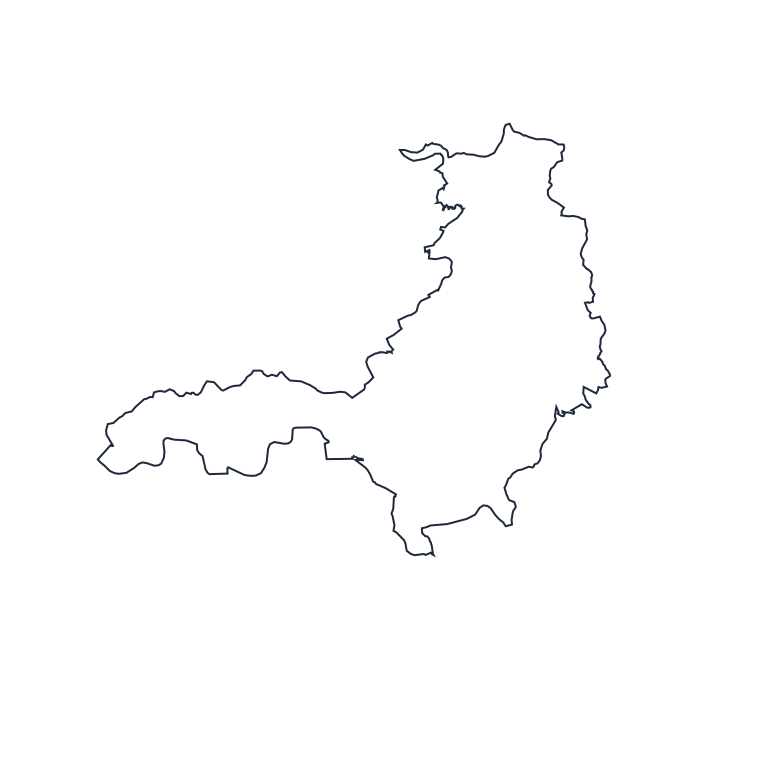 outline of VAD, Cluj, Romania, rotated 147°
{"feature_id": "2599482B24350957345977", "entity_name": "VAD", "entity_type": "district", "adm_level": 2, "iso_a3": "ROU", "parent_name": "Romania", "parent_adm1": "Cluj", "projection": "mercator", "projection_center": [23.717, 47.202], "detail": "fine", "context": "isolated", "style": "outline", "palette": "slate", "viewbox_px": 768, "rotation_deg": 147, "n_neighbors": 0, "source": "geoboundaries", "source_scale": "gbopen_adm2", "svg_char_len": 6166}
<svg xmlns="http://www.w3.org/2000/svg" viewBox="0 0 768 768"><g transform="rotate(147 384 384)"><path d="M278.0,464.8L272.4,460.4L263.5,457.0L261.0,453.6L260.6,449.4L264.5,445.0L265.3,442.2L268.1,439.6L271.5,438.6L275.1,440.2L276.4,440.0L279.0,439.1L281.2,437.0L287.6,433.0L287.8,433.8L298.2,434.6L298.2,432.1L308.0,433.5L312.2,431.7L316.8,427.5L318.9,427.0L323.9,427.2L326.6,428.3L337.2,429.7L339.1,423.9L339.1,420.8L349.2,419.9L357.0,420.5L358.3,413.9L357.6,407.9L360.1,407.4L360.5,406.0L362.3,408.7L363.1,408.3L363.7,409.4L364.9,408.5L368.7,412.2L369.4,412.0L370.8,413.3L372.1,413.1L374.7,414.3L382.9,415.0L386.8,412.4L388.2,407.8L389.4,395.4L396.1,393.8L400.4,393.9L402.2,391.2L403.8,390.2L418.2,389.7L420.8,397.6L421.9,398.9L425.2,401.5L431.9,404.5L439.2,408.9L441.3,411.3L443.6,415.3L443.6,416.9L446.7,423.4L452.0,431.3L461.0,438.2L462.6,444.4L463.1,449.5L464.9,450.3L469.7,448.9L472.9,452.8L477.5,453.8L479.3,457.6L479.3,461.4L481.1,463.1L486.3,466.3L490.0,464.6L495.0,464.5L498.8,462.7L505.4,461.2L510.9,464.1L514.7,465.3L522.5,466.1L523.6,467.6L525.6,478.1L531.0,482.7L535.4,480.8L542.3,476.7L546.4,476.4L547.9,477.8L548.6,480.5L550.2,481.3L551.3,480.7L554.5,484.4L559.0,483.3L562.1,485.1L563.8,489.7L563.9,492.3L566.6,496.3L572.2,496.8L574.6,499.3L577.4,501.0L581.5,502.2L585.2,498.9L587.4,500.6L591.0,500.9L593.3,501.9L605.0,500.1L610.5,498.4L616.9,500.6L620.7,499.6L624.3,499.9L632.2,498.7L637.5,500.8L642.4,496.4L644.4,492.5L644.9,479.7L645.9,480.0L646.6,481.6L665.1,476.6L664.5,472.6L662.9,467.8L661.3,460.4L658.7,456.2L655.5,453.2L648.5,449.8L639.0,449.7L633.5,450.6L629.1,449.7L625.9,446.6L621.0,440.4L617.2,438.6L614.1,438.6L608.6,442.2L605.0,446.8L601.3,454.4L599.7,456.5L597.3,457.3L594.9,456.6L590.4,451.7L580.6,444.4L573.8,435.3L576.7,430.2L576.8,426.7L575.4,422.4L580.1,409.8L580.3,405.5L579.6,403.5L564.0,394.1L561.5,398.3L560.1,399.0L550.5,383.6L546.0,379.7L541.6,377.1L535.9,376.2L529.9,378.9L525.0,382.4L516.3,393.0L512.4,395.6L507.6,395.1L500.6,388.5L496.7,386.3L493.8,386.3L491.2,387.6L485.6,395.2L483.9,396.1L481.9,395.5L468.6,387.2L465.9,384.4L463.3,380.3L462.9,378.4L463.6,372.3L463.1,369.8L461.6,366.7L462.1,365.3L466.3,366.2L473.0,352.2L451.4,338.6L450.8,339.6L450.3,339.0L448.7,340.1L446.1,335.8L442.8,332.6L443.2,331.6L447.4,334.8L449.3,335.8L445.1,323.9L444.6,320.3L444.9,315.3L446.3,308.0L445.2,306.6L445.3,305.1L444.7,303.8L439.4,295.8L434.1,285.0L435.8,283.4L436.6,284.1L437.3,283.7L444.2,274.3L448.2,271.3L448.8,268.4L452.2,259.8L456.0,255.7L454.5,253.0L452.3,242.3L452.8,238.7L455.8,231.8L454.0,226.8L451.5,223.7L443.7,220.0L442.7,219.2L442.3,218.0L436.5,217.0L436.4,214.9L435.6,213.5L435.5,214.8L432.3,221.7L431.0,225.8L431.1,227.7L430.3,229.4L430.7,232.5L432.3,234.0L433.2,238.1L430.8,242.4L426.2,240.7L422.2,240.1L407.5,232.2L388.1,225.8L378.7,224.8L371.2,228.1L366.8,228.1L363.7,225.5L362.2,221.7L362.0,213.5L361.1,208.0L359.4,203.0L359.4,198.4L353.2,196.4L351.1,200.4L346.5,205.6L344.3,207.5L341.1,208.6L340.0,209.9L339.0,214.1L342.2,218.2L342.3,219.0L341.3,225.2L339.4,231.5L336.9,232.7L331.4,236.8L328.9,236.9L325.0,238.7L318.9,238.8L315.1,237.2L307.7,235.8L304.6,232.9L303.4,233.2L301.7,234.6L298.6,233.9L296.9,234.3L294.7,235.3L291.7,238.0L289.0,243.2L283.7,247.4L277.2,249.4L272.6,253.8L259.5,260.2L258.0,264.3L252.0,270.9L252.9,265.1L254.5,264.5L252.7,260.7L251.5,259.6L250.8,259.2L248.9,260.5L249.9,262.8L249.2,264.0L247.5,261.5L243.8,258.9L241.3,255.7L240.1,256.4L239.7,257.8L241.0,259.8L229.1,259.3L226.4,253.4L223.9,251.9L223.3,252.2L222.4,254.2L223.2,255.7L223.4,260.8L222.3,264.5L222.1,267.5L218.1,272.8L211.1,260.5L207.9,262.3L205.8,264.6L203.6,262.3L198.3,260.4L197.7,264.1L196.2,267.0L194.9,267.6L190.3,267.6L189.4,268.4L189.0,273.8L189.7,275.6L188.9,279.0L189.4,281.6L188.8,283.6L189.3,288.0L190.8,288.1L191.0,288.7L189.8,290.2L186.5,291.3L185.9,292.2L183.7,293.0L183.6,295.2L182.5,298.2L180.9,299.3L177.5,304.0L171.8,306.2L169.0,308.3L167.0,313.5L167.0,318.7L166.2,322.9L173.0,325.1L174.5,326.4L174.4,329.2L171.9,331.1L172.9,334.9L171.2,342.7L168.3,341.4L168.0,340.4L163.9,339.1L162.2,342.4L158.5,344.8L159.2,346.2L158.3,347.6L158.8,349.1L158.3,349.7L158.6,351.5L158.0,353.5L154.0,357.2L151.8,360.7L150.5,361.3L149.7,363.3L149.4,365.3L150.6,369.4L151.3,370.1L152.1,375.5L148.9,379.5L149.2,382.1L148.3,385.8L144.0,389.8L134.9,394.7L132.8,399.5L129.8,402.1L128.9,406.6L125.9,412.6L128.4,415.1L130.0,418.1L133.7,421.8L138.3,424.4L143.5,428.9L141.8,430.4L141.4,431.8L137.0,434.0L139.8,441.3L143.1,447.4L143.7,451.2L143.2,453.8L140.9,457.5L135.2,459.2L134.7,460.5L135.6,463.5L132.7,465.5L131.5,468.5L128.2,472.5L126.7,473.5L123.3,473.5L117.9,475.7L112.9,474.3L111.6,476.0L109.2,481.6L106.3,481.9L103.9,484.2L102.9,487.0L107.2,489.9L111.0,497.4L116.1,502.0L122.7,506.1L128.4,512.8L130.1,515.7L131.4,516.0L133.6,520.8L137.4,524.8L137.7,527.1L136.9,533.9L141.0,535.0L144.9,532.1L147.1,528.8L153.5,523.4L157.7,521.9L165.5,517.8L172.8,518.6L175.6,519.7L179.7,522.8L184.2,527.7L189.4,531.4L191.3,534.4L193.5,534.9L197.6,538.0L203.8,537.9L206.3,538.9L206.3,539.7L204.4,543.3L204.0,546.3L206.1,549.8L206.3,552.4L207.5,554.7L212.0,558.7L212.2,559.9L217.5,560.2L218.4,562.1L223.7,559.3L229.9,559.9L234.7,563.4L239.3,569.1L243.2,571.6L243.2,567.1L242.6,564.0L240.3,559.1L237.6,555.0L227.3,550.7L218.1,549.1L215.9,549.4L211.3,546.5L211.2,544.9L210.7,544.3L211.4,540.9L214.4,536.7L224.4,535.7L221.6,532.0L221.9,530.8L220.2,529.0L221.8,525.7L221.8,517.8L225.4,517.9L225.2,517.2L227.9,514.9L228.1,516.5L232.9,516.6L238.1,511.7L238.7,509.5L240.1,507.2L241.0,507.1L238.1,505.7L237.4,504.8L237.3,500.3L239.8,498.0L239.4,497.4L237.1,499.3L236.2,498.8L235.7,499.9L234.8,499.5L234.1,500.0L233.6,498.2L234.6,495.6L233.8,495.3L232.4,496.6L231.4,496.2L230.6,495.6L231.1,494.9L230.5,494.3L231.0,493.5L229.5,492.7L229.1,493.5L228.3,493.0L227.3,494.6L225.1,494.6L224.3,494.0L223.9,492.2L222.7,492.3L222.2,490.8L223.0,490.5L223.2,489.0L221.6,487.7L223.6,487.1L224.3,486.0L232.2,483.4L242.7,483.3L247.5,482.0L250.7,484.7L252.7,482.9L250.7,480.0L251.4,479.3L257.5,476.0L265.1,474.6L266.7,473.3L275.4,476.5L277.5,472.4L273.0,471.6L273.6,470.5L276.2,470.3L274.1,469.6L278.0,464.8Z" fill="none" stroke="#1e293b" stroke-width="2"/></g></svg>